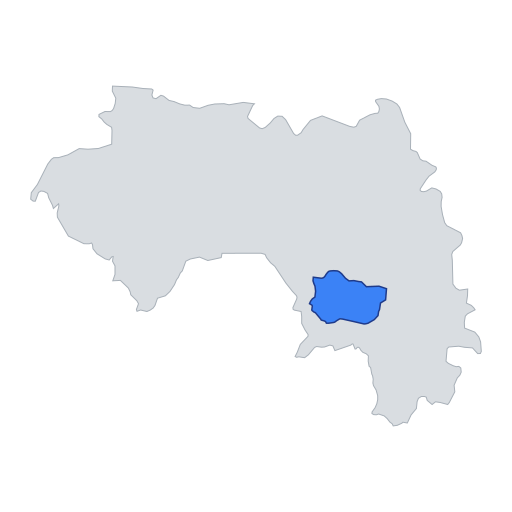 Guinea, with Kissidougou highlighted
{"feature_id": "GIN-5644", "entity_name": "Kissidougou", "entity_type": "Prefecture", "adm_level": 1, "iso_a3": "GIN", "parent_name": "Guinea", "parent_adm1": "", "projection": "albers", "projection_center": [-10.045, 9.288], "detail": "fine", "context": "in_parent", "style": "filled", "palette": "blue", "viewbox_px": 512, "rotation_deg": 0, "n_neighbors": 0, "source": "natural_earth", "source_scale": "10m", "svg_char_len": 4658}
<svg xmlns="http://www.w3.org/2000/svg" viewBox="0 0 512 512"><path d="M321.5,347.2L316.7,346.5L314.6,347.4L308.4,354.8L304.6,357.7L298.8,356.8L296.6,357.3L295.1,356.5L297.2,352.4L300.3,344.4L308.0,336.3L308.1,334.6L305.0,329.9L301.7,323.4L301.7,316.5L301.1,311.5L294.3,310.1L293.1,309.3L292.9,307.6L296.7,299.0L297.0,297.2L296.5,295.7L292.4,291.3L285.9,283.1L274.8,266.3L270.6,262.8L266.6,257.7L265.1,254.4L261.0,253.2L222.0,253.3L221.2,257.6L207.8,260.5L199.5,257.1L190.3,259.0L185.8,261.2L182.3,270.9L180.3,273.0L178.3,277.4L176.5,279.8L174.5,284.6L170.0,291.4L165.4,295.8L157.5,298.2L155.0,305.4L153.2,308.0L150.2,310.1L146.9,311.5L140.6,310.0L137.0,311.3L136.4,309.5L138.5,303.7L136.9,300.8L130.8,294.8L130.2,291.9L128.4,288.1L120.4,280.4L112.8,280.8L115.0,274.4L115.0,265.9L112.5,261.2L113.2,256.5L111.8,256.8L109.2,260.0L105.2,258.9L97.0,253.8L93.0,248.8L92.5,244.6L91.6,243.0L89.1,243.8L83.9,243.7L68.4,236.1L57.4,217.2L57.2,213.0L58.9,205.8L58.6,203.8L53.4,208.5L52.5,205.3L48.7,197.7L47.6,193.4L43.9,191.4L40.9,191.0L38.5,192.5L35.3,201.2L33.1,201.1L30.7,199.2L31.3,192.7L37.4,184.5L47.8,164.0L51.4,159.3L53.7,157.7L58.5,157.6L67.8,154.9L79.2,148.6L88.0,149.2L98.3,148.5L111.7,144.2L112.0,130.4L111.6,127.3L106.8,124.4L104.1,122.0L101.7,118.9L98.9,116.7L99.0,114.4L105.0,111.5L110.4,111.6L112.2,110.5L113.6,108.5L115.2,103.5L115.8,98.2L112.3,91.1L112.5,86.1L132.2,87.0L142.9,88.5L151.7,89.0L153.1,90.1L151.9,95.0L153.0,97.9L156.0,98.7L160.9,95.3L163.5,96.1L169.0,100.4L174.1,101.6L179.7,103.9L184.9,105.2L189.6,105.1L193.1,107.5L199.7,108.3L208.1,105.3L214.8,104.0L224.1,103.7L229.0,104.8L243.3,102.4L254.4,103.8L252.7,105.5L247.5,116.5L248.1,118.5L259.5,127.9L262.2,128.7L265.3,127.4L270.2,123.0L274.1,118.4L277.8,116.1L282.1,116.3L285.6,119.6L293.6,133.5L295.7,135.3L297.6,135.2L301.2,132.7L303.0,129.6L310.5,120.4L322.1,115.9L349.7,126.4L353.8,127.2L356.2,126.4L359.6,120.2L370.0,114.8L375.0,113.4L377.8,113.2L378.9,111.5L379.4,108.9L378.9,106.3L375.6,101.6L375.5,100.2L377.4,99.3L381.3,98.6L386.4,99.0L392.2,101.1L396.9,104.0L399.6,107.5L404.8,122.2L410.7,133.7L410.5,149.2L413.1,150.7L415.9,151.4L417.3,152.6L420.1,159.0L422.8,160.8L426.0,161.2L432.0,165.3L435.8,166.9L436.4,168.1L436.2,169.8L434.8,171.9L429.0,176.2L426.1,179.9L420.3,188.7L420.1,190.3L421.4,191.5L423.8,191.7L426.4,191.1L431.8,187.9L436.1,189.0L440.2,191.4L441.7,193.9L442.1,197.3L441.2,201.6L441.1,206.4L442.5,214.6L444.7,222.7L446.8,225.7L460.6,232.8L461.9,235.5L462.6,238.5L461.6,242.7L460.3,245.0L452.8,251.5L451.7,254.5L452.3,260.2L452.9,284.1L455.9,288.2L459.4,290.2L467.7,289.0L467.5,295.7L466.4,303.1L471.3,305.4L473.7,307.7L475.1,309.8L467.5,313.8L465.3,316.1L464.3,322.3L464.6,328.1L474.8,332.1L478.8,336.9L480.6,341.9L481.3,351.4L480.4,353.5L477.7,353.6L472.5,347.9L464.6,347.3L458.7,346.2L448.8,347.0L447.1,348.7L446.0,361.3L448.4,363.4L453.1,365.7L456.2,366.7L458.8,366.4L460.8,368.0L461.2,372.1L459.9,375.1L457.3,377.9L454.1,385.2L454.8,391.8L449.3,402.5L447.7,404.5L440.3,402.5L435.5,401.8L432.1,404.5L427.2,400.4L426.3,397.2L424.6,396.5L421.3,396.5L418.4,398.3L417.1,401.7L416.4,408.5L411.1,414.9L407.3,423.0L402.9,422.2L401.9,423.2L397.3,425.3L393.2,425.9L392.2,423.8L389.8,422.0L387.2,418.6L384.2,415.9L378.6,414.0L376.3,414.8L373.7,414.6L371.9,413.5L372.1,411.9L375.1,407.7L376.8,403.8L377.7,399.6L377.7,395.7L376.1,390.0L373.5,385.6L372.9,383.0L373.2,379.3L372.6,375.8L371.8,374.1L370.6,367.5L369.1,366.3L368.2,361.2L368.4,355.8L366.3,353.8L362.8,352.3L360.8,350.2L359.5,347.9L358.3,347.2L357.2,347.4L356.2,348.8L355.1,349.1L353.1,344.1L352.2,343.9L350.8,345.1L334.9,350.6L332.9,345.9L329.8,345.1L324.5,347.0L321.5,347.2Z" fill="#d9dde1" stroke="#a8b0b8" stroke-width="1"/><path d="M341.6,273.7L345.4,278.2L349.0,280.9L353.8,280.6L359.0,281.6L359.5,281.6L361.3,281.9L361.5,281.9L366.4,286.7L379.0,286.2L386.5,288.7L385.6,299.9L380.5,303.0L379.5,309.6L378.6,311.5L378.0,315.6L374.3,319.6L368.1,323.2L366.6,323.6L365.0,323.9L363.8,323.9L353.0,321.4L342.7,319.1L340.1,318.8L339.5,319.0L336.3,320.9L335.8,321.4L335.4,321.7L334.5,322.2L333.5,322.5L328.6,323.2L327.2,323.2L326.4,323.2L325.7,321.8L325.1,321.3L324.2,320.9L321.7,320.2L321.2,320.0L321.0,319.8L320.9,319.5L320.8,319.2L315.3,312.6L314.3,312.3L312.1,310.6L311.9,310.3L311.8,309.9L312.3,306.1L312.1,305.4L311.7,305.0L309.5,303.7L310.6,301.2L312.3,298.9L314.9,297.1L315.6,291.3L315.0,286.2L313.9,283.6L313.0,280.8L313.3,277.2L321.1,278.2L321.6,278.2L322.3,278.1L323.4,277.7L323.9,277.3L324.3,277.0L324.9,276.3L326.2,274.2L327.7,272.3L328.5,271.6L328.9,271.3L329.6,271.1L330.6,270.9L333.7,270.7L337.0,270.9L337.6,271.0L339.3,271.8L341.6,273.7Z" fill="#3b82f6" stroke="#1e3a8a" stroke-width="1.5"/></svg>